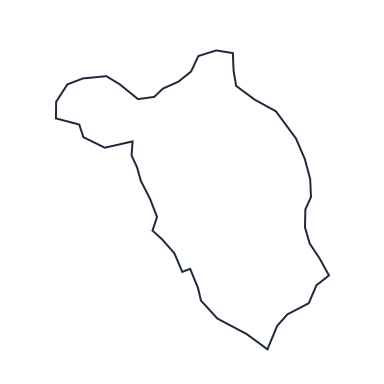 the district of Lakatameia, Nicosia, Cyprus, rotated 189°
{"feature_id": "46923920B42994337546292", "entity_name": "Lakatameia", "entity_type": "district", "adm_level": 2, "iso_a3": "CYP", "parent_name": "Cyprus", "parent_adm1": "Nicosia", "projection": "robinson", "projection_center": [33.31, 35.116], "detail": "fine", "context": "isolated", "style": "outline", "palette": "slate", "viewbox_px": 384, "rotation_deg": 189, "n_neighbors": 0, "source": "geoboundaries", "source_scale": "gbopen_adm2", "svg_char_len": 766}
<svg xmlns="http://www.w3.org/2000/svg" viewBox="0 0 384 384"><g transform="rotate(189 192 192)"><path d="M92.9,48.4L86.9,73.2L78.5,86.2L59.3,100.4L54.5,119.3L45.2,129.4L43.7,131.1L55.7,146.5L67.7,159.5L74.9,174.8L77.3,192.6L73.7,205.6L77.3,223.3L85.7,242.2L97.7,261.1L121.7,284.8L144.5,293.0L165.0,303.7L169.8,317.9L173.4,335.6L190.2,335.6L207.0,327.3L211.8,310.8L222.6,298.9L237.0,289.5L244.2,280.0L259.9,275.3L280.3,287.1L294.7,293.0L317.5,287.1L331.9,278.8L340.3,259.9L337.9,243.4L313.9,241.0L307.9,229.2L285.1,222.1L258.6,232.7L257.4,218.6L250.2,207.9L244.2,194.9L232.2,178.4L222.6,161.8L225.0,147.7L214.2,140.6L199.8,128.7L189.1,111.6L181.8,115.8L171.0,98.0L166.2,86.2L147.0,70.9L115.7,60.2L92.9,48.4Z" fill="none" stroke="#1e293b" stroke-width="2"/></g></svg>